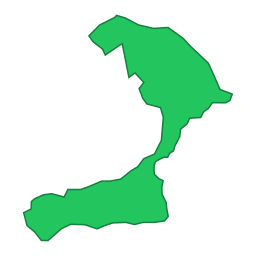 outline of Milia Pafou, Paphos, Cyprus
{"feature_id": "46923920B8918300424858", "entity_name": "Milia Pafou", "entity_type": "district", "adm_level": 2, "iso_a3": "CYP", "parent_name": "Cyprus", "parent_adm1": "Paphos", "projection": "natural_earth1", "projection_center": [32.535, 34.912], "detail": "fine", "context": "isolated", "style": "filled", "palette": "green", "viewbox_px": 256, "rotation_deg": 0, "n_neighbors": 0, "source": "geoboundaries", "source_scale": "gbopen_adm2", "svg_char_len": 1198}
<svg xmlns="http://www.w3.org/2000/svg" viewBox="0 0 256 256"><path d="M88.9,35.9L93.2,41.9L102.6,49.1L105.3,55.0L119.6,45.2L122.3,43.8L125.6,60.6L128.9,77.4L135.0,72.9L143.8,82.4L139.1,88.6L142.7,98.1L146.8,103.9L160.5,107.6L163.3,117.4L161.4,140.3L154.5,154.0L143.8,158.7L137.7,166.8L131.1,170.7L120.7,179.1L110.0,181.1L101.7,181.1L88.5,186.7L80.6,189.5L67.9,189.5L64.1,197.0L51.5,193.7L43.5,194.8L34.7,198.7L31.4,201.5L31.1,209.0L23.7,212.7L27.0,225.5L34.7,232.0L34.9,232.3L36.8,234.6L41.3,240.4L47.9,240.6L61.6,228.6L70.6,224.3L84.8,224.7L97.1,228.8L104.1,225.8L112.9,222.9L125.9,222.4L134.6,224.5L142.8,222.4L154.3,222.4L164.6,220.9L165.6,219.6L168.2,216.3L166.7,208.2L166.2,202.7L162.0,193.9L161.8,187.3L163.1,180.7L158.8,178.6L154.6,174.5L154.0,170.9L154.2,165.1L155.6,161.6L160.8,158.6L164.2,157.2L167.6,157.4L169.5,153.4L173.5,150.9L174.9,145.8L176.8,142.4L179.8,136.5L180.5,129.3L187.1,123.8L189.6,118.2L200.7,117.5L203.8,111.6L208.2,108.6L212.5,102.7L225.7,102.8L229.9,100.5L232.3,94.1L220.0,89.5L214.9,77.7L208.4,63.3L190.0,45.8L182.7,38.0L168.1,27.5L153.5,28.4L138.4,24.9L125.1,17.9L116.5,15.4L114.8,17.4L99.8,24.9L88.9,35.9Z" fill="#22c55e" stroke="#15803d" stroke-width="1.5"/></svg>